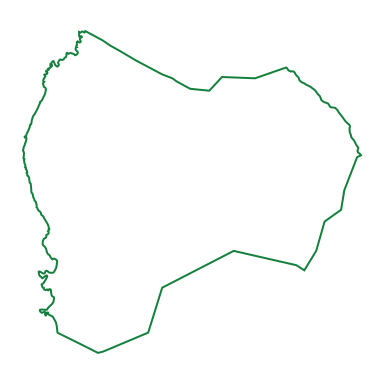 Coubaril, Castries, Saint Lucia
{"feature_id": "8701671B79808617109773", "entity_name": "Coubaril", "entity_type": "district", "adm_level": 2, "iso_a3": "LCA", "parent_name": "Saint Lucia", "parent_adm1": "Castries", "projection": "mercator", "projection_center": [-61.013, 14.002], "detail": "fine", "context": "isolated", "style": "outline", "palette": "green", "viewbox_px": 384, "rotation_deg": 0, "n_neighbors": 0, "source": "geoboundaries", "source_scale": "gbopen_adm2", "svg_char_len": 5485}
<svg xmlns="http://www.w3.org/2000/svg" viewBox="0 0 384 384"><path d="M85.3,31.1L85.2,31.7L84.7,32.2L84.3,32.5L83.8,32.3L83.3,31.9L82.6,31.6L82.2,31.5L81.9,31.6L80.8,32.4L80.0,32.8L79.7,32.7L79.7,32.3L79.5,32.1L79.0,31.9L79.0,32.5L79.2,34.3L79.0,35.9L79.4,36.3L79.9,36.3L81.2,36.2L81.6,36.4L81.8,36.8L81.9,37.1L81.7,37.3L81.1,37.6L80.6,37.8L80.1,37.7L79.9,37.9L79.9,39.1L80.0,39.8L80.5,40.6L80.7,41.7L80.6,42.0L80.2,42.3L79.7,42.5L78.6,42.1L77.9,41.5L77.5,41.4L76.9,42.0L76.8,42.5L76.8,44.2L77.0,45.2L76.4,45.9L76.3,46.1L76.2,46.5L76.6,47.0L76.1,47.0L75.7,48.1L75.6,48.5L75.6,49.3L76.1,50.3L76.5,50.6L77.4,51.5L77.7,52.2L77.9,52.8L77.7,53.2L77.1,54.3L75.6,55.1L75.1,55.2L74.7,55.0L74.4,54.5L74.1,54.2L73.0,53.7L70.6,53.0L70.0,53.1L68.3,53.8L67.9,53.6L67.7,53.2L67.3,52.9L66.8,53.0L66.7,53.2L66.4,54.4L66.4,55.7L66.2,56.4L65.8,57.1L65.6,57.2L64.5,57.9L64.1,58.7L63.7,59.2L62.8,59.8L61.8,60.0L61.4,59.8L60.2,59.5L59.8,59.7L59.3,60.3L58.5,61.7L58.2,62.4L58.1,62.8L58.2,63.4L58.8,64.3L58.9,64.7L58.7,65.2L58.0,66.1L57.6,66.5L57.2,66.5L56.4,66.0L55.4,65.3L54.9,64.3L54.5,63.3L53.8,61.7L53.5,61.1L52.9,61.2L52.5,61.4L51.4,63.0L51.0,63.6L51.8,64.6L52.0,65.2L52.0,65.7L51.8,66.3L51.3,66.8L50.7,66.3L50.4,65.9L50.4,67.1L49.9,68.0L48.9,68.6L48.7,68.4L48.0,68.8L48.2,69.4L48.7,69.5L48.4,69.9L48.1,70.2L47.5,70.3L47.0,70.3L46.3,70.9L46.1,71.2L46.0,71.4L46.1,71.7L46.3,71.9L46.7,71.9L47.1,72.1L47.4,72.7L47.4,73.1L47.0,73.7L46.6,74.1L44.9,74.4L44.5,74.6L44.3,74.8L45.3,76.0L45.3,76.6L45.1,76.9L44.7,77.3L44.2,78.0L44.2,78.4L43.9,78.7L43.3,79.8L43.2,81.2L43.4,81.4L44.0,81.7L44.3,81.9L43.7,82.4L43.1,83.2L42.9,83.7L42.9,84.0L43.5,85.0L43.7,86.4L44.0,86.9L44.4,87.1L45.4,87.9L45.8,88.6L45.9,89.6L45.7,90.5L45.5,91.6L45.3,92.7L45.0,93.5L44.6,94.9L43.9,96.1L42.7,98.8L41.6,100.7L41.3,101.1L40.5,101.6L40.0,102.0L40.1,103.0L39.7,103.6L39.3,104.8L38.9,105.4L38.3,107.1L34.8,113.9L33.6,115.5L33.1,116.2L32.6,117.3L32.6,117.9L31.8,120.2L31.3,123.9L31.1,124.3L30.4,124.4L30.2,124.7L29.9,125.7L29.9,126.1L29.4,127.9L28.3,130.6L27.0,133.2L26.4,134.6L26.3,135.7L25.6,136.2L24.8,136.5L24.6,136.9L24.8,137.4L25.4,137.1L25.8,136.7L26.1,137.1L26.5,138.6L26.1,140.6L25.8,141.9L25.1,143.3L24.7,144.8L24.5,145.8L23.9,146.6L23.6,147.3L23.6,148.5L23.0,150.0L23.2,151.1L23.7,151.7L24.0,153.5L23.8,156.4L23.4,157.9L23.5,158.2L24.3,158.7L24.4,159.4L23.9,159.9L24.4,161.5L24.2,162.3L24.7,163.7L25.4,165.3L25.4,166.0L25.0,167.0L25.1,167.3L25.9,167.5L26.0,168.0L25.8,168.8L26.8,170.6L27.1,171.9L27.2,172.4L26.6,172.7L26.6,173.0L27.1,173.2L27.2,174.2L27.3,175.5L27.9,176.1L28.1,176.0L28.8,177.1L29.2,178.4L29.2,179.8L29.4,180.5L29.7,182.4L29.8,182.8L30.4,183.2L30.7,183.8L31.2,188.6L31.3,191.0L31.5,192.5L31.9,193.2L32.5,193.5L33.3,197.4L33.9,198.4L34.3,199.6L34.6,200.7L35.8,201.7L35.9,202.1L36.6,205.1L36.7,206.5L36.5,207.0L37.2,207.8L37.5,208.5L37.8,209.4L38.6,210.5L40.2,211.9L40.8,212.8L41.1,214.1L41.5,215.0L42.2,215.5L43.0,216.2L43.6,217.0L43.9,217.5L44.2,218.4L46.9,222.8L47.6,224.0L48.5,226.2L48.7,227.4L49.3,229.2L49.1,229.3L48.7,229.3L48.5,229.6L48.8,230.1L48.7,230.3L48.4,230.9L48.1,231.2L48.5,231.4L48.6,232.3L48.5,233.4L47.9,234.2L47.3,234.5L46.5,234.8L46.2,235.7L46.4,236.4L46.0,237.5L45.1,238.1L43.7,239.0L42.9,241.1L42.6,243.5L42.9,244.9L45.2,247.2L45.4,247.6L46.3,249.4L46.6,251.2L47.4,253.2L48.3,254.4L49.2,254.9L49.7,255.5L50.7,257.5L51.9,258.9L52.2,259.1L52.6,259.4L53.5,258.7L54.2,258.7L55.3,259.1L56.5,259.9L57.1,261.0L57.1,262.2L56.6,265.7L56.1,268.1L54.3,271.5L53.6,272.4L52.7,272.7L51.8,272.8L50.8,272.8L49.6,272.6L48.7,272.2L47.5,271.1L46.5,270.8L45.9,270.9L45.5,271.3L44.8,272.9L44.3,273.5L43.5,273.5L42.8,273.3L39.9,271.6L39.2,271.5L38.7,271.7L38.7,272.5L39.2,274.7L39.9,276.1L40.6,276.5L41.4,277.1L41.9,278.0L42.5,278.2L43.7,277.4L45.2,276.1L45.9,275.7L46.5,275.5L47.0,275.7L47.2,276.3L46.9,277.3L46.0,279.1L43.6,283.0L43.3,283.3L41.7,284.3L41.6,284.7L41.9,285.7L42.5,287.1L43.1,287.8L43.8,287.8L43.9,289.0L44.1,289.3L45.3,290.1L47.1,289.5L47.5,289.6L47.7,290.1L48.2,290.3L48.6,290.2L48.7,289.8L49.3,289.2L50.0,289.2L50.8,289.7L51.4,294.5L51.9,295.9L53.8,297.2L54.0,297.8L53.9,299.7L53.4,301.7L52.3,303.7L48.0,307.9L47.0,309.6L46.7,309.7L45.4,309.8L42.1,309.5L40.8,309.6L40.0,309.8L39.8,310.6L40.3,311.6L41.5,312.7L42.4,312.7L43.5,312.1L44.5,311.8L45.5,312.4L45.3,313.3L45.0,313.9L45.1,314.6L45.5,315.4L45.9,315.4L46.3,314.8L46.7,313.4L47.1,312.8L47.6,312.5L48.1,312.6L48.1,312.9L48.4,314.3L49.4,315.0L50.9,315.6L52.3,316.4L53.1,317.1L56.0,322.6L56.3,323.9L56.7,325.7L57.5,332.6L57.8,332.9L83.1,345.4L98.0,352.9L103.1,351.6L148.2,332.6L162.2,287.7L233.7,250.9L296.3,265.2L304.3,270.3L316.2,250.9L324.6,221.5L341.1,209.8L344.3,190.3L357.1,157.2L361.0,155.3L360.6,154.5L358.1,152.5L357.5,150.9L358.4,147.8L356.4,145.1L354.1,140.6L351.4,137.4L350.8,134.9L349.7,132.1L349.5,128.0L350.0,126.9L349.9,126.2L349.4,124.8L347.6,123.3L345.3,121.1L342.2,116.7L338.6,112.2L337.5,110.2L335.4,108.0L333.5,107.5L331.2,107.4L330.2,106.9L328.2,103.6L326.8,103.0L324.8,102.4L322.8,101.4L321.2,99.8L320.7,98.1L319.8,96.1L317.6,93.9L317.0,93.1L316.2,91.7L314.8,90.1L312.9,88.6L310.6,86.9L307.6,85.3L305.6,84.4L304.5,83.4L302.7,82.7L300.7,81.5L299.4,80.2L298.6,77.6L297.8,76.7L296.7,75.7L295.8,74.7L295.4,74.0L294.7,72.5L293.7,71.6L292.0,71.3L290.7,71.5L288.8,70.6L287.6,69.2L287.0,68.1L286.0,67.5L283.7,68.4L282.5,68.7L282.1,68.9L255.1,78.3L222.0,77.0L209.3,90.7L190.2,88.8L176.9,81.6L172.4,78.3L162.2,74.4L136.2,60.6L119.6,50.8L110.1,45.5L102.5,40.3L85.3,31.1Z" fill="none" stroke="#15803d" stroke-width="2"/></svg>